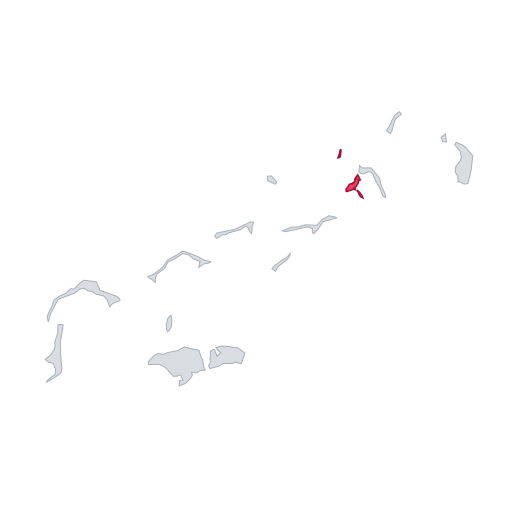 location of Crooked Island and Long Cay within The Bahamas, rotated 285°
{"feature_id": "BHS-5035", "entity_name": "Crooked Island and Long Cay", "entity_type": "District", "adm_level": 1, "iso_a3": "BHS", "parent_name": "The Bahamas", "parent_adm1": "", "projection": "mercator", "projection_center": [-74.169, 22.823], "detail": "fine", "context": "in_parent", "style": "filled", "palette": "rose", "viewbox_px": 512, "rotation_deg": 285, "n_neighbors": 0, "source": "natural_earth", "source_scale": "10m", "svg_char_len": 4160}
<svg xmlns="http://www.w3.org/2000/svg" viewBox="0 0 512 512"><g transform="rotate(285 256 256)"><path d="M149.8,210.4L149.6,218.0L150.3,223.6L149.7,225.6L143.6,229.4L142.0,231.5L136.2,233.6L132.7,236.5L131.0,231.8L127.6,228.8L127.0,223.7L124.4,225.4L120.7,224.4L114.5,220.6L110.6,215.4L116.1,214.5L117.2,217.7L121.5,213.8L120.6,211.7L119.8,211.4L118.4,207.5L124.9,197.4L126.3,190.8L123.3,180.2L126.1,179.5L133.4,183.2L136.7,186.9L136.8,191.9L139.9,195.8L144.3,205.0L149.8,210.4ZM154.6,238.9L154.7,240.3L149.1,244.2L153.2,247.0L157.0,241.0L160.1,245.9L161.8,255.1L161.5,256.7L161.8,258.1L162.4,259.9L162.5,262.5L159.4,270.5L148.2,269.7L148.0,262.9L146.2,261.6L143.6,251.9L140.1,248.7L135.3,240.7L138.1,238.7L141.9,239.4L143.8,238.4L149.0,237.6L152.2,236.5L154.6,238.9ZM416.7,426.5L414.9,430.9L408.9,439.4L395.5,441.5L380.8,441.9L379.7,439.6L379.3,437.6L380.4,434.4L380.3,433.2L379.7,431.9L385.1,430.5L388.6,426.6L394.2,425.9L401.1,428.7L404.9,428.8L410.4,425.7L414.9,419.1L417.5,420.0L416.7,426.5ZM179.1,135.5L177.9,136.1L173.0,129.8L169.0,127.9L175.2,123.5L177.9,119.6L177.8,111.3L179.3,106.7L178.8,102.7L180.2,98.6L178.4,94.1L173.2,90.5L163.0,76.0L146.8,72.5L138.5,72.4L143.1,70.1L147.3,70.3L153.8,71.7L161.6,72.4L166.4,76.6L171.0,82.3L175.1,84.5L176.8,86.0L176.6,87.6L177.3,89.2L182.7,91.8L188.1,96.0L189.7,108.5L182.4,114.3L181.0,132.3L179.1,135.5ZM107.4,83.4L114.2,85.4L117.9,85.1L120.1,83.9L130.3,84.4L138.4,82.5L139.7,85.9L139.5,87.6L122.0,89.3L106.1,94.2L97.3,97.5L93.2,97.9L90.0,96.1L79.5,86.0L82.3,87.0L90.1,92.7L95.0,91.7L99.4,87.9L100.1,85.0L99.5,83.6L101.5,79.1L107.4,83.4ZM211.7,161.7L221.0,168.8L229.0,171.4L237.6,180.3L241.3,183.4L241.9,186.3L240.5,199.3L238.6,207.2L238.9,214.0L236.8,212.0L234.8,207.5L231.5,204.9L230.3,203.6L236.3,203.3L236.9,196.2L239.8,190.6L239.4,184.7L232.4,178.3L227.5,172.6L220.2,170.8L213.3,165.2L209.2,164.5L204.3,165.5L206.1,162.1L207.3,157.7L208.2,156.8L211.7,161.7ZM314.1,322.6L313.7,324.1L306.5,311.9L297.6,308.9L292.4,305.9L293.5,304.2L297.0,303.5L297.6,299.6L296.1,295.4L291.4,286.8L288.7,281.1L287.5,279.7L287.1,274.9L292.8,282.4L295.1,289.1L298.9,295.6L301.4,306.8L308.6,310.7L313.8,316.1L314.1,322.6ZM349.9,364.3L345.9,366.1L346.8,362.9L354.4,357.6L358.7,352.8L361.0,351.2L361.9,349.9L365.2,348.1L366.9,345.1L366.4,342.6L363.0,338.5L363.0,335.6L364.2,333.5L370.1,332.6L368.5,335.7L370.9,344.4L363.1,355.3L356.4,358.6L349.9,364.3ZM287.6,242.0L288.0,245.1L284.2,244.5L278.6,245.7L276.6,245.8L277.8,243.6L281.7,240.7L281.9,237.9L277.1,233.9L271.5,223.9L268.9,221.5L267.6,217.8L262.9,213.7L263.9,211.6L264.9,211.0L268.0,212.1L275.2,226.5L275.7,227.9L287.6,242.0ZM415.9,351.1L419.4,352.0L421.3,351.9L427.8,353.8L431.6,356.3L432.5,357.3L430.4,359.6L424.5,355.3L419.3,354.8L412.0,354.9L409.0,354.1L411.0,349.5L415.9,351.1ZM358.4,333.1L359.6,334.2L356.0,336.6L347.9,333.6L346.1,333.8L344.5,330.5L343.8,328.1L344.2,325.9L349.1,327.6L351.7,330.8L358.4,333.1ZM172.2,191.3L165.8,192.6L161.2,191.3L160.1,190.3L162.0,188.6L166.3,187.1L173.2,187.0L176.3,188.7L176.6,189.4L172.2,191.3ZM267.4,288.4L265.1,288.7L260.8,287.1L250.9,279.6L246.3,278.9L247.9,274.7L251.3,276.2L259.3,282.7L262.3,285.9L267.4,288.4ZM337.3,250.2L332.8,256.9L330.4,256.3L331.8,247.9L334.9,246.5L336.1,246.6L337.3,250.2ZM422.9,407.4L415.4,410.4L414.7,406.9L418.5,404.0L422.9,407.4Z" fill="#d9dde1" stroke="#a8b0b8" stroke-width="1"/><path d="M345.4,332.5L341.7,327.0L341.9,326.8L342.0,326.6L342.0,326.4L342.1,326.1L342.7,326.1L343.7,325.8L344.0,325.7L344.7,325.9L346.3,327.0L346.9,327.1L348.1,327.2L348.7,327.4L350.3,328.7L350.4,329.2L350.5,330.3L350.7,330.7L350.9,330.8L351.5,330.7L351.8,330.7L351.9,330.9L352.2,331.6L353.3,332.0L355.3,332.1L356.5,332.5L356.1,331.6L357.3,331.9L360.7,333.3L356.5,337.1L356.3,336.6L355.7,336.2L355.7,335.2L354.7,335.4L353.2,335.9L349.0,334.8L348.5,334.3L347.5,333.3L347.2,334.0L346.5,334.6L345.9,334.9L345.6,334.8L345.9,333.5L345.9,332.8L345.4,332.5ZM345.6,336.2L345.3,337.9L343.6,340.5L341.5,342.9L339.8,344.2L340.3,341.6L341.9,339.8L344.0,338.3L345.6,336.2ZM380.5,310.6L375.5,311.6L373.1,311.5L372.0,309.7L376.2,310.1L379.4,309.8L380.5,310.1L380.5,310.6Z" fill="#f43f5e" stroke="#9f1239" stroke-width="1.5"/></g></svg>